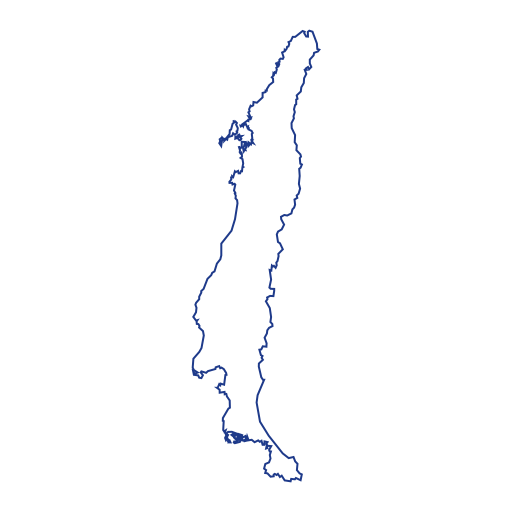 outline of Halmahera Barat, Maluku Utara, Indonesia
{"feature_id": "22746128B52341022582766", "entity_name": "Halmahera Barat", "entity_type": "district", "adm_level": 2, "iso_a3": "IDN", "parent_name": "Indonesia", "parent_adm1": "Maluku Utara", "projection": "natural_earth1", "projection_center": [127.539, 1.359], "detail": "fine", "context": "isolated", "style": "outline", "palette": "blue", "viewbox_px": 512, "rotation_deg": 0, "n_neighbors": 0, "source": "geoboundaries", "source_scale": "gbopen_adm2", "svg_char_len": 6056}
<svg xmlns="http://www.w3.org/2000/svg" viewBox="0 0 512 512"><path d="M293.5,457.0L288.7,458.1L282.7,453.4L268.7,435.7L260.0,421.7L256.6,402.5L257.6,395.2L264.1,379.8L263.0,379.8L261.3,377.3L258.8,366.6L258.9,363.5L262.9,359.8L261.6,357.8L262.5,356.0L260.9,355.1L259.4,349.7L261.3,349.4L262.8,346.3L266.4,346.7L266.6,343.3L264.6,337.7L266.9,333.5L267.3,330.3L269.1,327.8L272.5,326.1L272.3,324.0L270.4,322.0L271.1,317.0L269.8,308.1L265.9,301.3L267.5,299.1L267.1,297.5L270.1,295.9L273.4,296.1L274.2,290.8L274.2,288.9L270.7,288.8L269.4,287.6L271.1,279.6L269.7,270.0L271.3,270.6L271.9,265.5L273.0,266.5L273.9,265.8L275.6,267.8L276.7,265.3L276.3,262.6L277.5,261.0L278.6,256.1L278.3,253.9L282.8,249.3L280.0,243.3L278.0,242.0L276.8,234.4L278.0,231.6L281.7,229.4L284.1,224.6L281.2,219.2L281.0,216.8L284.3,215.0L287.2,215.5L291.4,213.4L292.4,209.4L294.1,207.6L295.1,204.7L294.5,199.5L297.3,197.9L296.7,195.5L298.6,193.7L300.1,188.6L298.9,183.9L299.7,176.0L299.2,168.8L300.6,167.7L301.9,164.5L300.3,163.7L299.8,158.1L301.0,156.6L300.4,154.4L296.4,150.2L296.8,145.3L294.7,142.2L295.1,135.1L291.7,128.1L291.5,123.1L293.9,118.4L293.5,116.3L294.8,112.1L294.0,109.3L295.1,105.0L296.2,104.3L296.2,99.6L297.5,98.8L296.7,95.4L300.8,91.5L301.3,87.3L303.8,83.0L304.1,78.2L306.3,74.0L304.8,70.0L306.7,69.8L305.8,68.5L308.0,67.0L309.1,69.3L311.3,67.0L309.8,63.4L309.8,59.6L313.6,55.4L314.1,52.8L317.9,51.5L319.3,49.7L317.3,49.0L316.9,43.5L312.5,31.7L309.3,30.7L307.8,31.9L308.0,36.6L306.2,36.5L304.2,33.1L304.7,31.8L302.6,31.0L295.2,36.9L292.7,36.9L290.8,41.0L288.5,42.1L289.3,43.9L288.4,46.5L287.1,46.8L286.7,48.7L285.2,50.7L284.7,50.1L284.6,51.3L282.1,52.5L283.6,57.3L282.8,58.9L280.5,58.6L279.3,59.9L279.6,61.7L278.2,62.3L279.3,64.1L278.6,65.8L275.7,62.6L277.6,66.8L276.3,67.8L276.8,69.5L275.8,72.9L274.7,72.3L274.1,74.3L273.4,73.4L273.1,76.0L271.8,77.3L273.0,78.5L273.2,82.0L269.3,85.1L266.9,89.0L266.8,90.6L265.6,90.5L265.5,92.1L262.6,92.9L262.6,97.4L256.9,102.7L253.5,102.0L253.2,105.4L251.5,106.3L250.6,105.7L249.1,109.3L249.6,111.4L248.4,112.3L250.5,117.1L248.5,116.5L249.6,118.3L251.1,117.7L250.6,119.2L248.3,119.7L248.3,121.0L247.4,120.6L242.2,124.4L243.2,126.2L243.5,125.1L245.9,124.2L247.3,127.2L248.0,126.7L247.8,128.2L248.8,128.3L248.5,129.4L251.6,130.9L252.5,132.8L253.2,132.3L251.8,134.0L252.3,138.5L251.5,139.6L252.5,140.0L251.7,140.8L253.3,143.2L251.5,142.3L251.0,144.3L249.0,142.7L249.3,145.1L248.3,146.2L246.9,143.0L245.9,145.2L246.2,147.6L245.0,148.9L245.5,150.1L244.6,149.9L243.8,151.3L242.9,147.6L243.9,146.7L245.1,142.0L241.7,141.8L241.8,147.2L240.1,148.6L239.5,147.0L239.0,147.1L240.0,150.3L239.7,152.2L240.5,153.5L241.5,152.6L241.8,153.3L242.0,156.8L240.6,157.9L242.5,159.1L243.2,163.4L242.6,166.5L243.3,167.0L242.4,167.5L242.0,171.2L241.1,171.0L240.1,173.3L238.6,173.3L238.1,170.9L235.7,172.1L234.9,171.3L233.2,177.1L232.2,176.3L232.3,177.4L231.1,177.5L231.3,179.5L229.4,181.8L229.5,182.9L232.2,182.8L232.5,184.5L234.6,183.8L235.3,184.6L234.0,190.5L235.4,193.0L234.8,193.5L235.8,195.7L235.5,198.4L237.1,200.1L237.5,203.3L235.0,219.2L231.5,230.7L221.3,243.6L221.3,255.4L220.3,259.3L216.9,263.6L214.5,271.4L212.2,272.8L211.2,275.2L207.5,278.8L203.6,288.9L201.2,291.1L201.3,292.6L199.2,296.7L199.2,299.2L196.1,302.8L195.4,304.7L196.5,307.8L196.0,312.3L193.3,316.9L196.1,320.6L197.4,320.2L196.6,321.4L196.8,323.9L198.4,324.1L199.5,325.9L199.1,327.5L203.0,331.1L203.8,335.5L201.5,348.0L199.3,351.9L193.4,358.7L192.7,367.5L193.8,370.0L197.7,372.5L194.9,373.7L193.3,371.9L193.9,374.8L198.2,375.4L199.2,377.7L201.4,378.1L202.9,375.2L200.7,372.4L201.4,371.4L206.1,372.8L208.0,371.1L215.4,369.0L215.7,367.3L219.2,366.1L220.2,368.2L221.5,367.6L223.8,369.1L226.1,372.9L226.5,374.8L225.4,375.0L224.1,384.7L220.6,383.6L220.3,385.2L219.2,384.2L217.7,387.8L217.0,387.8L219.6,389.7L219.7,392.7L224.5,391.9L224.7,394.1L225.4,393.7L226.3,393.9L226.9,396.4L229.7,400.5L229.9,407.7L228.4,408.6L222.9,418.0L222.8,420.8L223.7,421.1L223.2,430.0L224.1,431.4L225.6,430.4L224.9,432.7L226.5,433.4L228.1,431.9L231.9,431.8L235.4,433.1L233.6,434.1L234.3,436.1L238.0,433.8L240.8,434.7L237.9,435.9L238.9,437.4L237.8,437.3L238.2,438.3L235.8,438.3L236.4,439.7L237.3,438.7L237.6,440.2L238.0,439.2L238.6,439.8L235.9,441.7L234.2,441.5L233.8,442.5L234.8,443.2L239.9,441.9L240.6,439.4L239.9,437.1L241.6,434.8L241.3,436.6L242.2,436.1L242.5,437.6L245.3,436.1L246.0,439.2L244.0,440.3L244.4,441.2L246.4,440.7L247.2,436.5L248.2,439.2L247.3,439.0L247.4,440.5L251.7,439.8L254.6,442.2L258.2,440.4L259.8,441.8L261.5,440.8L262.6,444.8L264.2,444.8L264.5,441.4L267.5,442.1L266.2,444.0L266.9,444.7L266.1,448.5L267.3,448.1L267.0,446.8L268.1,445.8L271.2,446.1L269.1,449.9L269.7,451.4L270.9,451.5L269.8,455.0L270.5,458.5L269.0,462.4L265.3,464.0L264.1,468.6L266.1,470.1L265.2,473.0L267.5,473.4L270.6,476.7L273.7,476.3L273.7,474.6L274.8,473.9L276.6,475.0L277.9,473.9L279.9,477.0L281.7,475.7L284.7,480.4L290.6,481.3L291.2,478.9L294.9,479.3L295.9,478.0L300.6,480.2L301.8,474.4L299.6,473.4L296.9,470.1L297.5,463.8L295.2,461.4L293.5,457.0ZM234.6,122.2L233.4,120.3L234.0,122.6L232.6,123.7L231.1,129.5L229.8,130.2L229.6,134.0L226.1,138.4L224.5,138.9L224.3,140.8L226.0,139.0L227.2,139.7L227.8,137.2L232.2,135.8L233.1,133.3L234.9,134.7L237.2,132.7L236.6,131.3L237.4,130.8L237.8,128.1L236.1,124.6L236.9,123.0L235.5,121.5L234.6,122.2ZM224.0,139.4L222.2,137.5L222.0,138.8L221.2,138.1L219.7,139.3L220.2,141.1L219.3,143.2L221.2,146.0L222.0,140.4L224.0,139.4ZM239.3,134.6L238.2,135.1L238.3,136.7L237.0,136.4L236.2,137.8L235.4,137.0L235.3,138.7L237.4,137.9L239.4,140.2L240.6,139.9L241.4,138.8L240.2,137.3L241.7,136.1L239.9,136.3L239.3,134.6ZM228.1,435.0L225.5,433.5L226.3,435.3L225.1,437.9L226.0,440.3L227.3,438.7L227.1,436.7L228.1,435.0ZM241.2,437.6L240.3,437.7L241.1,440.2L243.3,440.6L241.2,437.6ZM233.7,435.6L233.0,433.8L231.5,434.9L233.1,436.2L233.7,435.6ZM228.9,442.4L230.5,442.4L229.8,440.9L228.9,442.4ZM228.1,440.8L228.9,440.4L228.2,439.5L228.1,440.8ZM242.0,125.9L240.5,125.6L240.8,126.5L242.0,125.9ZM234.6,438.1L234.7,436.8L234.2,436.4L234.0,437.5L234.6,438.1Z" fill="none" stroke="#1e3a8a" stroke-width="2"/></svg>